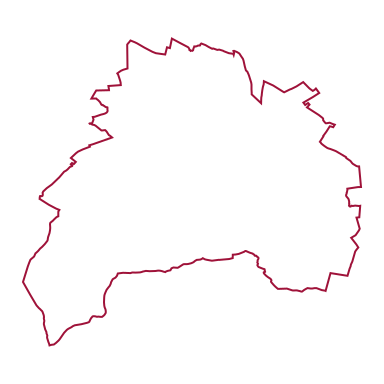 the district of Cucerdea, Mures, Romania
{"feature_id": "2599482B79470279503619", "entity_name": "Cucerdea", "entity_type": "district", "adm_level": 2, "iso_a3": "ROU", "parent_name": "Romania", "parent_adm1": "Mures", "projection": "robinson", "projection_center": [24.246, 46.395], "detail": "fine", "context": "isolated", "style": "outline", "palette": "rose", "viewbox_px": 384, "rotation_deg": 0, "n_neighbors": 0, "source": "geoboundaries", "source_scale": "gbopen_adm2", "svg_char_len": 5846}
<svg xmlns="http://www.w3.org/2000/svg" viewBox="0 0 384 384"><path d="M358.3,247.5L356.4,244.5L351.2,237.8L355.6,235.2L359.0,230.3L359.7,228.7L356.5,217.6L359.3,217.3L360.2,205.8L359.1,206.0L355.1,205.6L352.8,206.0L351.6,205.7L351.0,206.0L350.7,206.5L350.1,206.6L349.3,206.1L349.0,205.3L349.4,204.0L349.1,203.4L349.2,201.7L348.6,199.2L348.1,198.4L346.4,196.4L346.1,195.6L346.1,195.0L346.7,193.3L346.7,192.5L347.0,192.1L347.1,191.2L347.4,190.1L347.3,188.7L357.8,187.1L361.0,187.0L359.1,166.4L357.5,166.4L356.2,165.9L352.8,163.8L352.2,163.2L350.4,160.9L347.6,159.0L346.2,158.0L346.1,157.2L336.2,151.3L334.6,150.6L330.4,149.0L328.3,148.4L327.0,147.8L324.4,146.0L322.2,144.3L321.1,143.3L320.7,142.5L319.9,141.8L323.4,136.4L323.2,136.0L326.5,131.5L329.8,126.3L331.4,126.6L333.2,127.2L334.8,124.7L332.7,124.0L329.6,122.7L327.0,123.2L325.9,123.3L325.1,122.7L323.2,120.3L323.1,118.6L322.5,117.9L318.8,115.0L307.0,107.4L309.5,104.6L308.1,103.0L305.2,105.0L303.4,102.6L312.8,97.1L319.2,93.0L316.5,89.3L315.9,88.5L314.6,89.8L312.8,90.9L310.3,89.1L309.2,88.2L303.2,82.1L296.5,86.4L291.5,88.9L289.8,89.5L284.2,92.3L283.7,92.1L273.2,85.5L263.9,81.2L263.7,84.2L262.9,86.9L262.3,90.2L261.9,93.3L261.7,95.5L261.3,97.5L261.2,99.4L261.1,103.2L251.7,94.4L251.7,92.9L251.5,89.3L251.5,84.6L251.2,82.6L249.1,75.9L248.6,74.5L247.3,71.6L246.4,70.9L245.9,70.3L244.8,66.4L243.5,60.5L242.9,58.8L241.1,56.2L239.7,54.0L239.2,53.4L237.1,52.1L234.0,50.8L233.4,51.0L234.0,52.3L234.1,53.2L233.7,54.9L233.3,53.8L228.9,53.2L224.0,51.3L222.9,50.7L219.2,49.6L217.3,49.9L213.3,48.5L212.7,48.5L212.2,48.8L208.7,47.0L205.5,45.1L201.3,43.5L200.7,44.0L200.1,44.9L200.1,45.4L199.8,45.5L199.0,45.6L198.3,45.5L197.9,45.6L196.6,46.3L195.5,46.4L195.1,46.6L194.3,46.4L193.4,48.7L193.1,50.2L192.4,50.8L191.2,50.6L190.6,50.9L190.2,50.3L189.6,50.1L189.7,49.6L189.2,49.1L189.1,48.6L188.5,47.6L187.9,47.1L179.7,42.8L171.9,38.6L169.9,48.1L167.0,47.3L165.2,54.5L155.9,53.2L152.4,51.8L144.4,47.6L137.0,43.3L134.7,42.2L130.5,40.5L129.1,42.3L128.0,43.5L127.2,44.6L127.5,68.5L123.4,69.7L121.1,70.7L119.2,72.0L117.3,73.4L118.2,74.8L120.1,80.6L120.6,82.5L120.8,85.1L108.4,86.0L108.9,88.9L109.0,90.2L96.2,90.5L92.9,96.0L91.4,98.6L96.2,98.5L97.1,99.4L98.2,100.2L100.0,102.1L101.3,104.5L101.7,104.9L102.6,104.9L103.0,105.1L103.3,105.6L104.2,105.9L105.4,106.9L106.1,107.2L106.9,107.2L107.4,107.4L107.5,107.9L107.4,109.2L107.6,110.8L107.4,111.6L106.6,112.6L105.3,113.4L103.6,114.0L101.1,114.6L94.7,116.8L92.8,117.0L93.5,119.7L92.1,123.3L90.0,123.3L89.6,123.5L89.8,123.8L91.2,123.8L92.2,124.6L94.3,125.0L95.6,125.7L101.4,130.4L101.9,130.5L105.1,130.1L105.5,130.4L106.7,131.7L108.8,135.0L110.1,135.8L111.9,137.3L112.1,137.5L93.0,144.2L89.3,145.3L89.9,146.7L82.8,149.4L78.1,151.6L76.0,153.2L70.9,158.0L75.8,161.9L74.1,163.8L73.7,163.6L73.4,163.9L72.0,163.0L70.8,164.2L72.3,165.8L72.1,166.1L70.0,166.9L68.9,168.0L67.6,169.4L66.1,170.6L64.1,171.7L59.4,177.2L51.8,184.5L46.7,188.2L43.2,191.5L42.6,192.8L42.7,193.5L42.8,194.1L42.7,195.3L42.5,195.8L41.8,196.2L40.3,196.0L40.0,196.1L39.7,197.4L39.8,198.4L39.6,198.9L48.9,204.8L56.3,208.7L59.4,209.9L59.2,210.3L58.6,211.0L58.3,211.8L58.3,216.3L57.1,216.8L56.2,217.4L53.7,219.8L53.0,220.6L50.4,222.7L50.2,223.2L50.0,224.1L50.2,227.1L50.2,228.4L50.0,230.4L49.5,233.1L48.1,237.1L47.8,238.8L47.7,239.9L47.3,240.9L44.7,244.2L42.1,246.9L40.1,248.6L38.2,250.9L36.2,252.8L35.5,253.3L34.1,256.5L32.4,258.0L31.4,258.8L30.4,259.8L29.2,262.7L27.8,266.5L23.0,282.0L30.4,295.1L36.5,305.4L38.9,308.1L40.3,309.3L40.9,310.0L42.1,311.1L42.5,311.8L43.6,314.8L43.9,316.1L44.0,317.4L43.8,318.0L43.9,318.7L44.3,320.6L44.2,321.8L43.9,323.0L43.9,324.4L45.2,329.4L46.4,332.0L46.5,333.4L47.3,335.5L47.1,336.7L47.1,337.8L48.4,342.0L49.1,343.7L49.5,345.4L51.5,344.8L53.9,344.5L56.0,342.9L58.5,340.6L59.7,339.2L64.1,332.8L66.9,329.8L68.3,328.8L71.6,327.1L72.6,326.3L74.7,325.3L81.4,324.2L87.1,322.8L88.8,322.2L89.4,321.6L89.9,320.4L91.0,318.3L92.6,316.4L93.7,316.2L95.1,316.3L97.0,316.8L98.2,316.6L101.1,316.9L102.2,316.8L103.8,315.5L104.5,314.8L105.6,313.1L105.8,312.1L105.7,310.6L105.5,309.4L104.7,307.5L104.3,305.8L104.0,302.4L104.2,297.4L104.4,295.4L104.7,294.3L105.4,292.5L106.6,289.8L108.5,287.3L109.7,285.9L110.7,283.8L111.1,282.2L112.6,279.4L113.2,278.9L115.2,277.8L115.8,277.3L116.2,276.7L116.7,276.2L117.1,275.5L117.8,273.5L123.0,272.8L125.9,272.9L130.5,273.1L132.2,272.5L135.7,272.6L140.0,272.4L141.7,272.0L142.7,271.6L145.9,270.9L149.6,271.2L155.4,271.0L158.1,270.6L160.0,270.7L161.9,271.1L163.7,271.7L165.3,272.1L166.0,271.5L167.6,270.9L170.4,270.3L171.5,268.3L173.4,267.5L177.5,267.8L178.3,267.5L183.3,264.3L184.2,264.1L187.1,264.1L188.1,264.0L191.0,263.3L192.7,262.6L193.8,262.0L194.6,261.2L196.2,260.2L196.7,259.9L200.1,259.6L201.0,259.3L202.0,258.8L202.8,258.2L204.8,259.3L206.3,259.7L211.8,260.7L212.9,260.6L218.9,259.8L219.2,259.9L229.3,259.0L232.7,258.1L232.8,254.7L235.6,254.5L238.8,253.9L244.1,251.8L244.6,251.4L245.4,251.0L245.9,251.0L249.8,252.7L252.7,253.6L253.3,254.2L254.3,254.7L254.5,255.0L254.6,255.5L255.0,255.8L256.4,255.8L256.9,256.6L257.6,257.0L258.2,257.5L258.4,257.7L258.5,258.3L258.3,259.0L257.6,260.2L257.6,261.5L257.3,262.3L257.4,262.7L258.0,263.6L257.9,264.1L257.5,264.7L257.4,265.3L258.1,266.5L258.6,267.0L262.8,268.7L264.3,269.1L264.6,269.3L264.7,270.3L265.1,271.8L264.9,272.0L263.8,272.3L263.7,272.8L264.1,273.6L266.0,275.6L267.9,277.1L270.5,278.8L271.3,279.9L271.4,280.2L271.4,280.6L271.1,281.1L271.0,281.6L271.2,282.1L273.9,285.2L275.3,286.6L277.1,288.2L278.0,288.9L286.9,288.6L292.4,290.4L293.6,290.5L295.3,290.4L296.9,290.4L300.2,291.2L301.0,291.5L301.6,291.6L302.2,291.5L303.8,290.2L305.4,289.2L307.5,288.1L310.5,288.5L312.4,288.5L314.7,288.1L316.4,288.1L321.8,290.1L325.2,290.7L325.6,290.9L330.5,273.1L347.5,275.8L349.6,268.7L350.6,266.3L350.9,264.6L352.3,261.6L355.2,251.5L356.7,249.4L358.3,247.5Z" fill="none" stroke="#9f1239" stroke-width="2"/></svg>